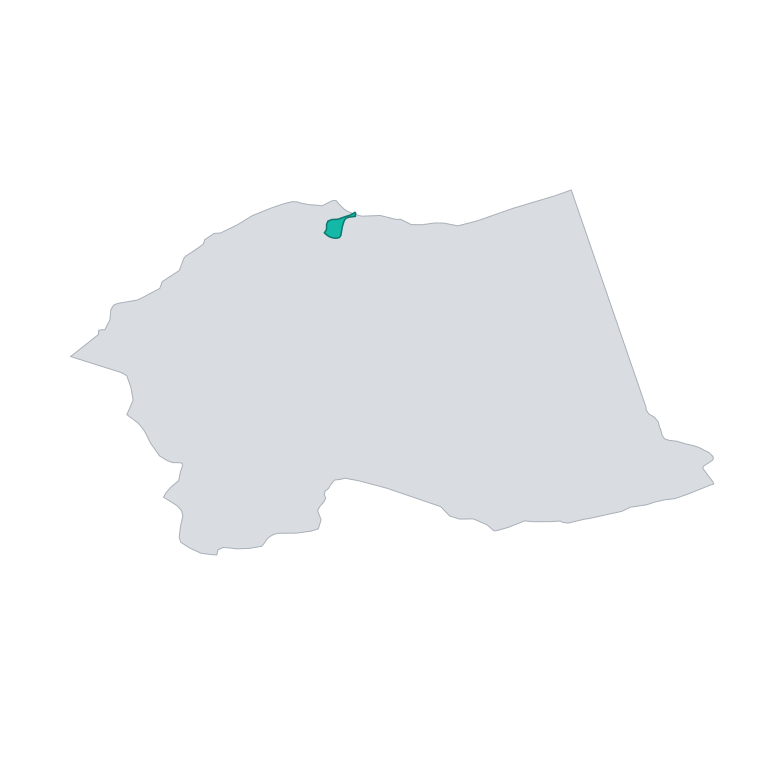 Kapchorwa highlighted on a map of Uganda, rotated 251°
{"feature_id": "UGA-3112", "entity_name": "Kapchorwa", "entity_type": "District", "adm_level": 1, "iso_a3": "UGA", "parent_name": "Uganda", "parent_adm1": "", "projection": "equal_earth", "projection_center": [34.481, 1.268], "detail": "fine", "context": "in_parent", "style": "filled", "palette": "teal", "viewbox_px": 768, "rotation_deg": 251, "n_neighbors": 0, "source": "natural_earth", "source_scale": "10m", "svg_char_len": 2680}
<svg xmlns="http://www.w3.org/2000/svg" viewBox="0 0 768 768"><g transform="rotate(251 384 384)"><path d="M506.5,624.2L498.3,624.2L485.0,624.2L471.7,624.2L458.3,624.2L445.0,624.2L431.6,624.2L418.3,624.2L405.0,624.2L391.6,624.2L378.3,624.2L365.0,624.2L351.6,624.2L338.3,624.2L325.0,624.2L311.6,624.2L298.3,624.2L285.0,624.2L277.1,624.2L275.5,623.9L274.4,623.4L269.4,624.7L264.2,629.1L258.6,631.0L252.7,630.3L252.0,630.8L249.0,630.6L244.6,630.3L240.7,631.5L237.8,635.4L234.7,642.0L229.3,649.6L225.0,656.4L221.4,661.2L213.0,669.1L208.5,671.4L206.2,671.1L204.9,669.6L202.3,659.5L200.6,657.9L184.5,663.1L182.0,663.2L182.2,660.0L181.0,636.2L180.9,621.7L183.0,612.5L184.2,602.0L184.3,592.8L187.3,577.0L186.2,567.5L190.0,534.4L191.0,529.0L192.5,512.9L194.9,508.0L197.0,506.1L199.8,496.2L205.1,480.5L208.8,472.5L208.0,454.8L208.6,442.8L209.4,440.1L217.3,435.6L227.4,424.5L231.7,411.4L237.8,403.1L249.6,397.7L284.5,352.8L300.7,328.7L307.7,316.3L308.0,311.8L309.3,306.0L306.5,301.4L303.2,297.3L302.0,293.5L299.1,291.6L295.0,291.7L292.2,288.9L289.1,283.5L286.0,280.0L276.1,280.3L268.5,274.8L268.6,267.2L271.6,252.3L277.4,235.2L277.7,230.5L276.9,226.5L275.5,223.0L272.9,219.6L270.4,215.5L272.4,203.3L276.0,191.2L279.0,185.2L281.9,178.5L281.1,172.9L276.8,170.2L279.1,164.8L283.7,155.7L292.6,146.5L300.4,140.4L305.6,140.4L315.8,145.3L324.9,151.0L330.0,151.3L336.1,148.9L348.8,138.7L351.8,142.0L355.5,148.2L359.5,158.4L367.5,163.1L371.4,166.3L374.1,167.3L375.6,166.4L378.6,158.4L382.3,154.0L389.1,148.4L404.0,144.0L414.7,142.7L419.2,141.7L426.7,139.1L438.7,130.9L450.4,141.5L463.2,143.6L475.5,143.5L479.3,140.3L481.5,137.8L494.4,120.3L512.0,96.6L523.7,130.0L527.7,131.9L527.2,134.8L526.2,137.7L533.8,145.7L543.2,149.9L546.6,154.1L546.9,158.5L543.7,178.1L544.3,183.6L547.4,203.2L553.0,207.6L558.0,227.4L568.0,235.7L569.5,238.1L571.8,247.7L574.9,258.2L577.3,260.6L578.7,261.2L581.7,272.3L580.0,278.5L582.3,297.5L586.1,314.5L587.1,334.7L587.1,343.6L587.0,349.1L586.2,356.8L584.4,361.3L581.2,365.6L577.6,372.4L574.5,379.7L572.6,383.3L574.1,394.2L573.7,397.1L572.9,398.5L568.3,400.2L562.5,403.1L558.9,406.0L553.9,411.6L549.9,417.6L544.6,435.2L535.7,449.0L534.2,453.5L525.8,461.7L522.2,471.8L519.8,484.2L516.6,493.1L509.5,505.3L507.9,524.6L508.1,563.1L506.3,606.9L506.5,624.2Z" fill="#d9dde1" stroke="#a8b0b8" stroke-width="1"/><path d="M555.8,412.4L554.3,412.8L553.1,411.9L551.8,411.5L553.1,405.4L553.1,402.0L551.2,399.4L546.1,395.7L538.4,391.5L537.0,389.4L537.3,386.3L538.5,383.6L540.4,381.0L542.7,378.9L546.3,376.8L548.9,380.0L553.7,381.7L556.3,384.1L556.5,388.2L554.8,394.0L554.9,401.6L554.7,406.7L555.6,411.8L555.8,412.4L555.8,412.4Z" fill="#14b8a6" stroke="#0f766e" stroke-width="1.5"/></g></svg>